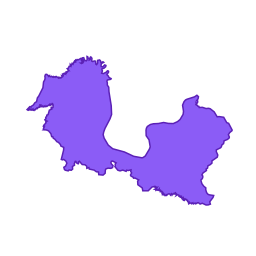 the district of Chiang Saen, Chiang Rai, Thailand, rotated 11°
{"feature_id": "78962969B57964456122026", "entity_name": "Chiang Saen", "entity_type": "district", "adm_level": 2, "iso_a3": "THA", "parent_name": "Thailand", "parent_adm1": "Chiang Rai", "projection": "mercator", "projection_center": [100.131, 20.291], "detail": "fine", "context": "isolated", "style": "filled", "palette": "violet", "viewbox_px": 256, "rotation_deg": 11, "n_neighbors": 0, "source": "geoboundaries", "source_scale": "gbopen_adm2", "svg_char_len": 5754}
<svg xmlns="http://www.w3.org/2000/svg" viewBox="0 0 256 256"><g transform="rotate(11 128 128)"><path d="M189.4,82.7L187.4,84.7L180.4,88.5L179.1,89.5L178.0,91.4L177.2,95.2L179.3,101.0L179.5,104.1L177.5,109.7L175.4,112.3L171.6,115.0L166.7,115.8L161.9,115.8L157.0,117.8L152.1,119.0L149.3,120.3L146.7,122.8L146.1,124.7L146.1,126.7L147.3,132.1L150.9,135.6L153.4,142.3L153.0,144.7L150.3,152.2L148.3,154.2L147.3,154.6L139.0,154.7L129.0,152.2L117.0,151.3L111.9,148.6L106.5,142.5L104.9,139.3L104.9,136.6L105.5,132.8L108.6,122.4L109.3,117.8L107.3,109.4L102.4,96.0L101.3,91.6L99.5,89.8L99.1,87.6L98.4,86.3L98.6,84.8L101.8,83.5L102.0,82.7L99.8,82.1L98.5,80.5L97.2,79.7L97.1,79.1L98.2,77.3L98.1,76.1L97.5,75.7L96.9,75.8L95.8,77.5L93.4,79.3L91.7,79.2L92.0,76.8L91.2,75.6L91.2,74.8L92.9,74.0L94.4,72.1L94.4,70.8L93.1,70.5L91.5,72.8L90.0,72.8L89.5,71.4L89.7,69.7L91.6,68.2L90.8,67.8L88.9,68.9L88.0,67.1L87.1,66.6L85.3,67.4L85.8,70.2L85.1,71.8L84.3,71.5L83.4,68.6L82.2,68.6L80.6,69.5L79.6,69.2L79.3,66.4L77.9,65.3L77.4,65.9L77.8,68.0L76.9,68.7L76.7,67.3L75.4,66.9L74.8,65.7L74.1,65.6L74.9,68.8L74.3,70.0L73.2,70.0L72.2,69.3L71.1,67.4L69.9,67.8L69.8,69.0L71.3,70.1L71.8,71.2L71.2,72.8L70.0,73.6L69.2,73.3L69.9,73.1L70.5,71.1L69.4,70.6L69.1,69.2L68.5,68.6L66.3,70.5L65.0,70.5L64.8,71.3L63.8,71.1L63.9,72.1L62.9,72.1L62.4,73.5L63.2,73.4L63.2,72.8L63.8,73.3L62.3,74.0L61.9,75.9L60.8,75.2L60.4,77.3L60.2,76.8L59.7,77.0L59.2,76.6L59.5,78.5L58.4,78.8L58.0,80.7L57.0,81.3L58.8,82.8L58.3,82.8L58.2,84.0L57.1,85.5L56.9,84.6L56.4,84.9L56.9,86.0L56.0,86.2L56.3,86.9L55.2,86.5L55.1,87.0L54.6,86.7L53.4,87.6L54.5,89.0L54.2,89.6L53.1,89.4L53.8,90.3L52.7,91.0L53.0,91.2L52.5,91.8L51.7,91.6L50.6,92.4L50.1,92.2L50.3,91.4L48.6,91.7L47.9,91.1L47.0,91.4L46.8,92.1L45.8,91.8L45.4,92.3L44.7,91.7L44.2,92.4L42.7,91.8L42.3,92.4L41.3,92.2L40.3,92.6L40.0,92.1L40.3,91.6L39.5,91.8L38.0,90.8L36.8,91.2L36.5,93.0L37.1,94.8L37.1,96.5L36.3,98.9L36.8,104.7L34.3,113.7L33.3,115.7L33.2,119.6L31.7,121.1L30.7,123.5L28.9,125.2L28.8,126.0L27.5,125.8L25.4,129.2L26.6,129.7L27.2,129.3L27.2,128.3L28.1,128.4L28.2,128.0L28.9,128.4L28.8,128.9L30.1,128.8L30.2,128.0L30.6,128.3L31.1,127.6L31.5,128.6L32.4,128.7L32.7,127.9L33.3,128.0L33.8,126.8L34.6,126.6L34.6,126.0L35.3,126.1L35.3,125.5L37.4,124.4L36.8,123.6L37.7,122.9L37.3,122.1L38.4,122.1L38.4,123.3L39.2,123.6L40.2,123.4L40.2,122.8L41.1,123.3L41.6,122.4L42.5,123.0L43.2,122.4L43.3,121.9L44.2,122.4L46.5,119.9L47.0,120.3L46.6,121.2L47.4,120.5L47.2,119.4L48.3,119.7L48.9,118.4L49.3,118.5L49.3,119.7L50.2,119.7L50.4,122.2L49.8,122.6L48.8,122.3L48.7,123.1L49.5,124.0L47.4,125.5L47.0,130.1L45.8,130.9L46.0,131.9L45.2,133.3L45.7,134.6L44.8,135.7L45.3,136.3L47.2,136.7L46.1,137.7L46.5,138.6L44.8,141.4L44.7,141.9L45.5,142.1L44.8,142.8L45.5,143.3L45.1,144.7L45.6,145.3L45.2,145.9L48.1,145.5L50.5,145.9L53.4,148.3L54.7,151.0L55.9,151.0L56.7,152.4L58.1,152.8L60.8,155.0L62.5,155.4L64.9,157.2L65.5,158.5L68.6,159.3L69.0,162.0L68.5,171.6L69.7,171.8L70.9,171.1L73.3,172.3L74.7,174.2L74.0,177.4L72.5,178.8L73.4,180.7L74.4,181.4L77.5,181.5L78.2,180.4L80.4,180.3L81.5,178.9L80.8,176.4L82.6,174.7L82.1,173.5L82.5,170.9L83.1,170.7L84.2,172.1L85.9,172.7L86.2,172.2L85.8,170.7L86.6,169.9L90.0,172.6L92.8,172.3L94.8,173.4L95.3,175.4L97.1,174.3L97.8,175.7L102.8,175.8L105.3,177.0L107.4,176.8L108.2,179.4L112.5,179.0L114.2,176.8L113.8,173.4L114.2,172.3L116.1,171.2L118.9,170.9L120.4,169.8L120.5,167.8L118.5,166.4L117.8,165.3L118.1,163.8L119.3,163.4L123.0,164.5L122.3,165.8L122.8,167.8L122.5,168.4L126.1,171.4L128.4,171.6L130.9,170.3L134.4,170.9L134.7,169.7L136.3,169.7L138.9,168.5L139.0,170.2L140.1,171.4L139.4,173.7L139.9,174.5L142.5,175.4L143.0,176.2L144.5,175.8L148.4,176.9L147.6,178.4L148.5,181.8L153.4,184.1L154.5,186.8L159.8,185.8L162.9,181.3L165.7,180.1L166.5,180.4L166.1,180.9L166.5,180.9L166.9,181.6L167.9,180.9L167.3,182.5L167.1,182.1L166.0,183.0L166.7,183.0L167.3,183.9L168.3,182.8L169.0,183.4L169.7,183.0L170.2,182.1L170.3,183.4L170.8,183.5L171.6,182.8L172.1,183.1L172.0,184.3L174.1,183.7L173.3,184.4L174.1,184.5L173.9,185.3L174.6,185.2L174.5,185.8L174.9,185.7L174.6,186.9L175.5,186.9L176.5,186.1L177.1,187.3L178.6,186.9L178.5,186.1L179.2,186.2L180.1,185.0L181.5,184.7L182.5,185.8L183.2,184.4L183.8,185.2L183.9,184.4L184.6,184.8L185.6,183.4L186.0,183.7L186.4,183.2L186.6,183.9L186.8,183.9L187.2,183.0L187.5,183.6L187.9,183.3L188.7,183.8L188.3,185.0L189.1,184.3L190.6,184.1L191.0,184.5L191.0,185.3L192.0,185.6L192.0,184.9L193.2,184.8L193.0,185.9L193.7,185.8L194.0,186.5L195.3,185.5L195.8,186.2L195.6,186.5L196.1,186.6L195.4,187.5L196.1,187.6L195.9,188.1L196.4,188.4L197.2,188.4L197.8,186.9L198.1,187.2L199.1,187.0L199.5,187.7L200.4,187.8L200.5,188.7L201.4,189.1L201.4,189.7L200.9,189.8L201.7,189.8L202.1,189.4L202.2,190.7L203.2,189.9L204.6,189.6L204.8,190.1L205.6,189.4L205.6,189.8L206.2,189.5L206.7,190.0L207.4,189.2L208.8,189.5L209.0,188.8L209.8,189.0L210.5,188.1L211.3,187.9L213.3,188.9L215.3,187.7L219.3,188.7L221.4,188.2L223.4,187.0L222.3,184.9L224.7,180.0L225.0,177.9L220.3,178.1L218.8,177.6L217.5,176.4L216.1,173.8L215.8,171.9L213.5,170.7L211.2,168.6L209.7,165.8L209.6,164.8L210.6,163.6L210.8,162.1L210.6,160.9L209.5,159.9L210.2,157.8L213.1,154.8L212.5,153.4L213.7,152.3L213.7,149.8L215.6,148.4L217.1,146.5L216.7,144.2L221.2,139.6L221.3,137.4L219.2,134.4L218.9,132.6L222.6,129.8L223.2,128.7L223.4,126.7L224.8,125.1L224.8,122.2L227.9,120.2L229.2,118.5L229.2,117.5L227.8,115.4L228.7,113.1L230.6,110.8L230.6,110.1L225.9,104.2L223.9,103.9L219.9,99.2L215.3,99.4L213.4,100.0L209.5,95.7L205.0,93.4L203.3,93.3L200.9,94.0L197.1,93.5L194.0,94.3L193.5,93.3L192.5,93.3L191.7,92.5L190.5,92.3L190.1,91.8L190.7,91.1L190.4,90.6L190.8,90.8L191.4,89.8L191.4,88.9L191.1,88.0L190.2,88.0L191.2,86.0L191.2,83.8L189.4,82.7Z" fill="#8b5cf6" stroke="#5b21b6" stroke-width="1.5"/></g></svg>